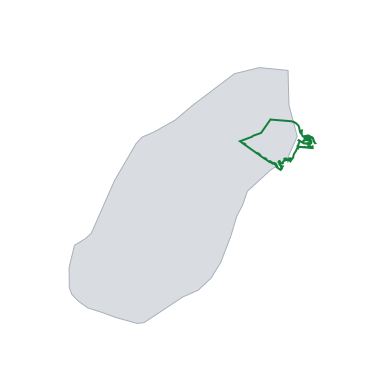 75, Al Khawr, Qatar (highlighted), rotated 35°
{"feature_id": "91078587B7321304158437", "entity_name": "75", "entity_type": "district", "adm_level": 2, "iso_a3": "QAT", "parent_name": "Qatar", "parent_adm1": "Al Khawr", "projection": "natural_earth1", "projection_center": [51.575, 25.836], "detail": "fine", "context": "in_parent", "style": "outline", "palette": "green", "viewbox_px": 384, "rotation_deg": 35, "n_neighbors": 0, "source": "geoboundaries", "source_scale": "gbopen_adm2", "svg_char_len": 5524}
<svg xmlns="http://www.w3.org/2000/svg" viewBox="0 0 384 384"><g transform="rotate(35 192 192)"><path d="M201.6,338.5L187.0,342.4L173.2,346.7L161.7,346.6L152.5,344.9L146.4,340.8L134.6,324.3L126.3,303.0L131.5,291.1L133.2,283.6L122.0,227.4L118.4,184.2L119.8,175.3L126.2,165.1L137.0,142.6L142.7,120.9L158.9,70.7L175.9,51.4L200.9,37.3L221.4,65.0L246.3,86.1L251.0,109.8L243.7,129.1L236.9,159.7L241.0,173.8L242.5,186.0L249.3,206.5L255.9,233.1L257.0,251.6L253.4,268.8L244.7,283.2L227.6,326.6L222.5,331.1L201.6,338.5Z" fill="#d9dde1" stroke="#a8b0b8" stroke-width="1"/><path d="M202.2,122.9L206.8,123.0L206.8,122.3L208.2,122.3L208.2,123.0L223.6,123.1L223.6,122.4L226.1,122.4L226.1,123.1L232.5,123.1L232.5,122.3L233.9,122.4L233.9,122.9L238.0,123.0L238.0,122.4L238.8,122.4L238.8,121.9L239.9,121.9L239.9,122.5L241.6,122.5L241.7,121.9L242.7,121.9L242.7,121.4L243.2,121.4L243.2,120.9L244.6,120.9L244.6,121.5L245.0,121.5L245.0,121.9L246.3,121.9L246.3,122.4L247.3,122.4L247.3,123.1L251.7,123.1L251.7,122.3L252.1,122.3L252.1,121.3L251.6,121.3L251.6,118.8L251.3,118.9L251.1,118.8L251.1,118.7L251.1,118.8L250.9,119.0L250.6,119.3L250.6,119.9L250.7,120.3L250.7,120.5L250.2,120.0L249.8,119.9L249.7,119.9L249.4,119.5L248.8,119.5L248.1,119.1L247.5,118.9L247.3,118.6L247.1,118.0L247.1,117.9L247.3,118.1L247.2,118.0L247.3,117.9L247.1,117.9L245.9,117.8L246.0,117.6L245.7,117.4L245.7,117.2L245.8,117.2L245.6,116.6L245.6,116.2L245.4,115.9L245.7,116.1L245.7,115.7L245.7,116.1L245.9,116.4L246.5,116.6L247.0,116.9L247.2,117.0L247.2,117.3L247.5,117.5L248.5,117.5L249.3,117.2L249.5,116.9L249.4,116.9L249.3,116.5L249.3,116.1L249.5,115.7L249.5,115.4L249.4,115.2L249.3,114.9L249.5,113.5L249.6,113.2L250.0,113.0L250.0,112.7L250.3,112.4L250.4,112.1L250.6,112.1L250.8,111.9L251.0,111.4L250.9,111.2L250.4,111.0L250.2,111.0L250.0,111.3L250.1,111.2L249.9,111.1L249.9,111.4L249.7,112.0L249.3,112.2L249.3,112.3L249.2,112.3L249.2,112.1L248.9,111.9L249.1,111.8L249.1,111.5L249.3,111.5L249.3,111.2L249.5,110.9L250.2,110.7L251.0,110.8L251.0,110.7L251.4,110.8L251.7,110.7L251.8,110.9L252.2,110.5L252.2,110.3L252.4,110.5L252.3,110.0L252.6,109.8L252.8,109.8L252.8,109.7L252.9,109.8L253.0,109.8L253.0,109.5L253.1,109.3L253.3,108.0L253.5,107.8L254.1,107.6L254.2,108.0L254.3,107.9L254.4,108.0L254.4,107.7L254.5,107.9L254.8,108.3L254.7,108.5L254.7,109.1L254.6,109.4L254.7,109.8L254.8,109.8L254.8,110.1L254.7,110.2L254.5,111.2L254.8,110.6L255.0,110.6L255.0,107.7L255.1,107.1L255.1,105.8L254.8,104.9L254.4,104.3L253.9,103.1L253.7,101.9L253.6,100.0L253.7,99.8L253.7,99.3L253.6,98.6L253.4,97.9L253.4,97.6L253.3,97.3L253.2,96.7L253.1,96.2L253.3,95.8L253.6,95.7L253.7,95.9L253.7,95.7L253.8,95.7L253.8,95.9L253.8,95.6L253.1,95.8L253.0,95.1L253.3,95.1L253.2,95.0L253.1,94.9L253.0,95.0L252.9,94.8L252.9,94.7L253.0,94.7L252.9,94.6L253.1,94.6L252.9,94.6L252.8,94.2L265.6,86.9L264.7,85.5L265.1,85.0L264.6,85.4L264.1,84.7L264.5,85.4L264.5,85.6L264.9,86.1L265.0,86.1L265.5,86.8L264.9,87.2L264.6,86.8L263.8,87.3L263.2,86.1L263.5,86.7L263.1,86.9L262.7,87.2L262.3,86.6L262.9,87.8L262.6,88.0L262.3,87.4L262.5,87.8L261.9,88.1L262.0,88.3L261.7,88.5L261.3,87.8L261.2,87.9L260.7,88.2L261.0,88.9L260.9,89.0L261.0,89.3L258.6,90.8L258.4,90.5L258.1,90.7L258.2,91.0L252.9,94.0L252.7,94.0L252.3,93.1L251.6,91.0L251.4,89.3L251.5,88.5L249.6,88.6L249.6,88.4L249.8,88.4L251.4,88.3L249.8,88.3L249.6,88.4L251.3,88.2L255.6,88.1L258.9,86.2L259.0,86.4L260.9,85.2L261.2,86.0L261.4,85.9L260.6,84.1L260.4,84.2L260.7,84.9L260.5,85.0L260.4,84.9L259.8,85.3L259.2,85.8L258.6,84.5L259.1,85.8L255.6,87.9L253.3,87.9L254.4,85.8L254.3,85.5L254.5,85.4L254.3,85.1L254.1,85.2L254.0,84.9L257.0,83.1L257.1,83.3L257.2,83.2L257.6,82.7L258.1,83.8L257.7,82.7L258.4,82.3L258.6,82.9L258.8,82.8L258.5,82.3L259.2,81.9L260.8,82.1L261.4,83.4L261.5,83.4L260.8,82.0L259.0,81.7L258.5,82.0L258.6,81.6L258.5,82.0L258.3,82.1L258.2,82.0L258.1,81.6L257.9,81.7L258.2,82.2L257.9,82.3L257.7,82.0L257.7,81.9L257.6,82.0L257.8,82.4L257.5,82.6L257.2,82.1L257.3,82.6L255.2,83.8L254.5,82.8L253.5,83.5L253.0,82.9L253.3,82.7L253.4,82.8L253.3,82.6L254.0,82.0L254.5,81.7L254.9,82.4L255.1,82.2L255.3,81.8L255.3,81.7L255.5,81.5L256.2,82.3L256.1,82.1L256.5,81.8L256.0,80.9L254.4,81.5L254.2,81.3L254.0,81.6L253.8,81.4L254.0,81.3L253.9,81.2L255.0,80.0L255.4,80.4L255.5,80.3L255.4,80.4L255.1,80.0L255.7,79.4L255.9,79.4L256.2,79.5L256.3,79.6L256.9,79.8L256.9,80.0L257.0,79.9L257.5,80.1L257.6,80.3L257.7,80.2L258.2,80.5L258.4,80.4L258.7,80.6L258.8,80.7L258.7,80.9L258.8,80.7L258.4,80.4L258.5,80.3L258.4,80.2L258.3,80.4L255.9,79.2L257.1,78.9L257.2,79.1L257.3,79.2L257.7,79.7L257.8,79.5L257.7,79.5L257.2,79.0L257.2,78.9L259.4,78.4L259.7,78.5L262.3,80.1L261.9,80.9L262.4,80.2L263.2,80.8L263.3,80.8L263.9,81.2L264.8,81.5L264.9,81.4L263.8,81.1L259.9,78.3L259.2,78.3L256.3,78.8L255.3,78.8L255.0,78.9L254.7,79.1L251.5,82.4L251.3,82.6L251.2,82.9L250.8,82.9L248.9,81.8L247.6,81.3L247.9,80.5L247.8,80.4L247.7,80.3L247.4,80.3L247.0,80.2L247.4,78.8L247.0,79.7L246.7,81.0L246.5,80.9L246.5,81.0L246.0,80.7L245.9,80.7L245.5,80.3L246.3,79.4L246.7,78.7L246.8,78.6L246.9,78.8L246.8,78.6L247.4,78.3L246.7,78.7L246.3,79.4L245.5,80.3L243.3,78.3L243.2,78.0L242.9,77.9L242.6,77.6L242.3,77.3L241.9,77.1L240.8,76.5L240.2,76.4L238.8,76.1L238.7,75.9L238.7,76.1L237.4,76.1L237.4,75.9L237.3,75.1L237.3,76.0L236.2,76.2L235.3,76.4L235.2,76.1L235.3,76.2L235.2,76.1L234.9,76.1L235.0,76.0L234.9,76.2L234.9,76.5L234.5,76.6L234.4,76.5L234.5,76.6L234.0,76.7L233.3,76.9L232.9,77.0L214.8,87.6L214.7,87.6L214.7,104.0L209.6,111.2L209.5,112.3L202.2,122.9Z" fill="none" stroke="#15803d" stroke-width="2"/></g></svg>